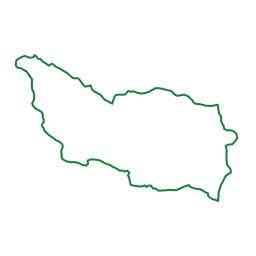 Avanhandava, São Paulo, Brazil, rotated 87°
{"feature_id": "56859067B79677871245441", "entity_name": "Avanhandava", "entity_type": "district", "adm_level": 2, "iso_a3": "BRA", "parent_name": "Brazil", "parent_adm1": "São Paulo", "projection": "mercator", "projection_center": [-49.949, -21.468], "detail": "fine", "context": "isolated", "style": "outline", "palette": "green", "viewbox_px": 256, "rotation_deg": 87, "n_neighbors": 0, "source": "geoboundaries", "source_scale": "gbopen_adm2", "svg_char_len": 2440}
<svg xmlns="http://www.w3.org/2000/svg" viewBox="0 0 256 256"><g transform="rotate(87 128 128)"><path d="M205.6,41.9L202.6,41.4L197.2,40.9L194.3,39.8L192.3,39.0L189.5,38.1L186.8,36.2L184.1,34.8L180.5,32.6L179.1,29.7L177.6,27.6L175.5,27.6L173.3,28.4L170.7,30.5L168.8,31.2L164.9,31.3L161.0,31.1L158.4,30.8L156.4,30.7L153.9,30.8L151.2,31.4L150.1,29.5L149.7,27.1L149.7,24.6L146.8,21.7L143.5,19.3L139.0,20.3L136.5,23.2L135.6,25.9L135.6,29.0L133.9,32.0L130.9,32.4L128.6,33.7L125.7,34.8L121.5,34.4L118.4,36.2L109.5,37.2L109.8,39.4L110.3,42.8L110.2,46.0L109.8,49.3L109.0,51.6L107.9,55.2L107.6,58.6L106.0,61.2L103.8,62.2L99.4,66.3L97.6,70.6L98.4,76.0L97.9,78.4L96.1,80.6L93.3,82.8L89.9,94.6L89.7,98.6L91.2,101.6L92.8,104.9L93.7,107.9L94.1,110.2L94.3,113.3L93.2,116.9L91.7,120.1L92.0,122.6L91.1,125.9L94.5,129.1L94.3,134.2L94.2,136.6L94.7,138.7L96.5,140.0L102.8,142.5L98.5,149.8L93.3,153.9L91.1,157.5L89.7,159.8L88.0,161.7L83.5,163.2L84.2,165.9L84.3,169.0L80.6,171.8L78.3,173.1L75.7,175.4L75.6,178.7L74.8,181.1L70.5,185.2L68.0,188.7L66.7,190.7L64.8,193.4L63.3,196.6L60.9,199.0L59.8,200.9L61.6,203.7L58.2,208.1L57.1,210.0L54.7,211.5L53.9,214.5L51.8,215.6L50.4,217.5L52.2,218.6L52.8,222.2L50.6,227.3L51.8,231.1L54.2,235.5L56.2,236.4L60.0,236.7L62.0,235.1L63.0,231.3L65.0,228.4L66.1,226.5L68.2,225.1L71.0,223.5L72.8,222.3L74.5,221.2L77.9,221.7L81.1,221.8L84.0,221.7L87.0,220.6L90.1,219.9L94.1,220.2L96.6,221.3L98.4,222.4L100.4,221.9L102.9,220.3L104.6,217.9L105.8,216.0L107.5,213.5L109.8,212.3L112.3,212.7L115.1,211.7L117.8,211.9L119.9,213.6L122.1,213.6L123.7,212.3L126.6,211.4L128.9,209.1L131.2,207.1L133.3,204.0L136.4,200.6L138.1,197.2L139.8,195.3L142.3,194.0L145.3,194.8L147.6,196.0L150.5,195.7L154.7,195.7L156.8,193.4L158.2,190.8L159.2,186.7L159.2,182.9L160.5,178.7L162.3,175.9L163.4,171.7L161.6,169.8L158.4,170.0L157.4,166.2L157.9,161.8L158.8,158.1L160.5,155.2L162.1,152.6L163.8,148.4L166.0,145.1L167.8,141.7L170.1,138.7L170.2,135.7L171.3,133.7L170.7,130.9L172.9,129.0L175.3,130.5L177.6,129.6L181.2,128.9L184.9,128.3L186.2,124.2L186.8,120.5L187.2,117.1L186.2,114.3L187.8,112.8L186.5,110.4L186.8,107.9L189.5,106.5L190.1,103.4L192.1,101.0L192.3,98.5L192.0,95.9L192.3,93.7L191.9,90.7L192.2,86.2L192.8,83.3L191.8,81.1L191.1,78.9L189.9,76.3L188.9,73.1L188.2,70.2L190.4,68.5L191.6,65.3L192.6,62.2L192.9,58.8L194.3,56.8L196.4,53.9L197.5,51.6L199.6,51.6L201.7,49.9L203.4,47.6L204.0,45.2L205.6,41.9Z" fill="none" stroke="#15803d" stroke-width="2"/></g></svg>